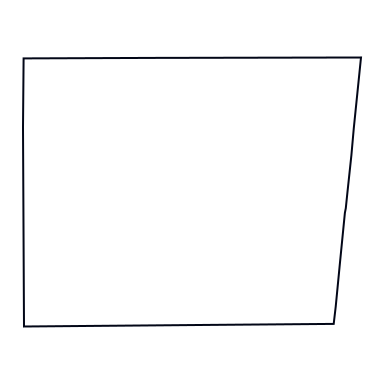 Lauderdale, Mississippi, United States of America
{"feature_id": "52423323B32649044831734", "entity_name": "Lauderdale", "entity_type": "district", "adm_level": 2, "iso_a3": "USA", "parent_name": "United States of America", "parent_adm1": "Mississippi", "projection": "mercator", "projection_center": [-88.559, 32.401], "detail": "fine", "context": "isolated", "style": "outline", "palette": "ink", "viewbox_px": 384, "rotation_deg": 0, "n_neighbors": 0, "source": "geoboundaries", "source_scale": "gbopen_adm2", "svg_char_len": 300}
<svg xmlns="http://www.w3.org/2000/svg" viewBox="0 0 384 384"><path d="M24.0,326.5L210.5,324.9L333.7,323.9L335.7,306.8L340.0,262.4L344.9,212.8L345.8,208.2L347.3,193.6L351.4,155.2L353.8,128.1L361.0,57.5L155.9,57.9L23.6,58.4L23.0,127.3L24.0,326.5Z" fill="none" stroke="#020617" stroke-width="2"/></svg>